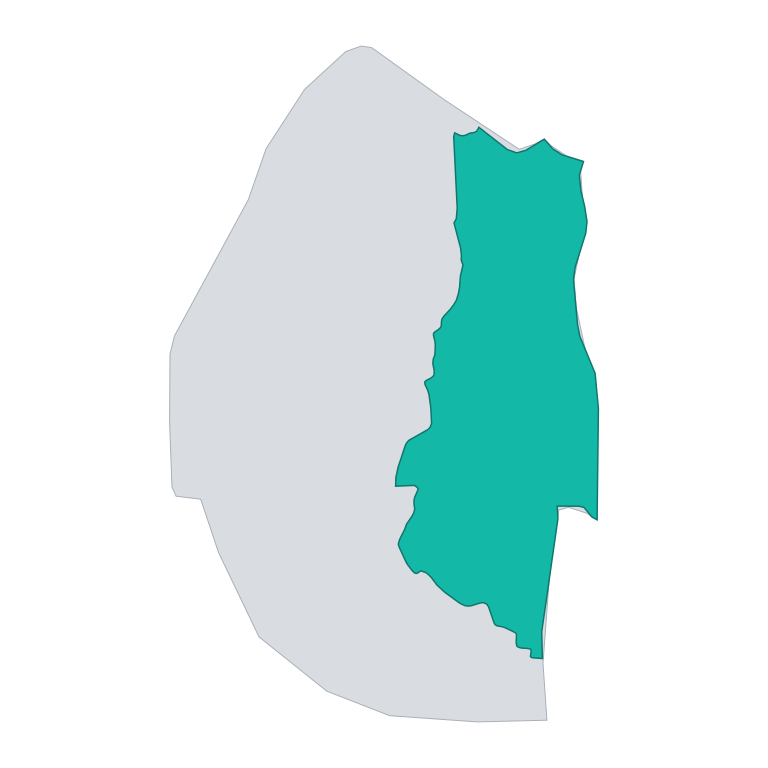 where Lubombo sits in eSwatini
{"feature_id": "SWZ-535", "entity_name": "Lubombo", "entity_type": "District", "adm_level": 1, "iso_a3": "SWZ", "parent_name": "eSwatini", "parent_adm1": "", "projection": "equal_earth", "projection_center": [31.73, -26.547], "detail": "fine", "context": "in_parent", "style": "filled", "palette": "teal", "viewbox_px": 768, "rotation_deg": 0, "n_neighbors": 0, "source": "natural_earth", "source_scale": "10m", "svg_char_len": 2469}
<svg xmlns="http://www.w3.org/2000/svg" viewBox="0 0 768 768"><path d="M544.0,139.0L550.5,145.3L580.3,165.2L582.9,204.9L580.0,250.2L574.0,278.8L576.2,307.3L585.7,351.6L594.7,381.8L596.8,519.5L586.7,513.2L568.4,507.3L558.7,510.1L549.8,571.7L543.0,663.3L546.9,720.2L477.5,721.9L389.7,715.7L326.8,691.2L259.0,636.9L218.5,552.4L200.7,499.2L176.1,496.2L172.0,487.1L169.6,422.2L170.0,354.0L174.5,335.9L220.1,251.8L248.4,199.5L266.0,148.9L304.5,89.5L345.8,51.5L361.1,46.1L371.6,47.6L444.5,99.9L519.2,149.3L535.4,143.8L544.0,139.0Z" fill="#d9dde1" stroke="#a8b0b8" stroke-width="1"/><path d="M544.3,139.2L552.7,148.8L562.0,154.8L583.5,161.5L579.3,175.1L580.9,190.6L584.7,206.6L587.0,221.6L585.8,233.1L575.1,267.3L573.5,279.8L577.5,324.4L579.9,336.5L595.1,373.3L598.4,408.7L597.1,519.8L591.9,517.0L584.0,507.4L578.8,506.2L557.2,506.1L557.9,519.0L552.4,557.1L547.4,592.4L541.7,631.9L542.4,658.5L542.2,658.5L532.9,657.8L531.5,657.5L530.5,656.6L530.7,654.1L531.1,651.9L531.0,650.0L530.1,649.0L527.5,648.4L521.9,648.1L519.3,647.5L517.1,646.5L516.4,644.2L516.2,642.3L516.5,634.9L516.1,633.5L515.0,632.5L504.8,627.6L501.7,626.6L498.7,626.2L496.2,625.5L494.4,623.7L488.5,606.7L486.6,604.0L483.5,602.7L480.8,602.8L471.5,605.7L468.4,606.1L465.2,605.7L462.3,604.5L459.3,602.9L444.8,592.3L436.9,585.0L431.3,577.5L428.2,574.4L425.6,572.4L423.6,571.9L421.3,570.9L419.7,571.5L417.9,572.9L416.0,573.5L414.1,572.6L411.9,570.3L407.7,564.8L405.9,561.7L399.2,547.2L398.3,544.2L399.3,540.4L400.5,537.6L404.5,529.8L406.6,524.1L412.4,515.6L414.0,512.2L414.7,508.8L414.0,503.8L414.0,500.5L414.6,497.4L417.2,491.6L418.2,488.7L416.5,486.8L414.2,485.4L395.6,486.2L395.9,477.6L398.0,467.5L405.4,445.2L406.6,443.0L407.9,441.3L409.2,440.1L428.0,429.5L430.3,427.0L431.6,423.3L430.8,407.7L429.0,394.6L427.7,390.2L425.0,384.4L424.7,382.0L426.3,380.4L429.2,379.0L432.0,377.3L434.0,375.2L434.2,371.7L434.0,369.4L433.0,364.8L432.9,362.3L433.3,358.9L434.9,354.7L435.3,344.6L434.9,341.1L433.5,335.6L433.5,333.7L434.1,332.5L438.4,329.5L440.3,327.8L441.3,325.9L441.4,322.2L441.9,319.2L444.1,315.9L450.2,309.4L453.4,305.2L456.4,300.2L458.4,293.7L459.6,287.0L460.4,276.1L463.0,264.9L461.6,261.3L461.1,259.1L461.5,256.4L460.6,248.1L454.0,222.9L456.3,218.7L457.2,208.1L453.7,136.6L454.7,132.9L459.7,135.3L461.7,135.7L463.7,135.7L465.6,135.2L469.2,133.5L470.9,132.9L472.9,132.9L475.0,132.1L476.7,131.3L478.9,127.3L507.3,149.5L516.6,152.9L525.8,150.3L544.3,139.2Z" fill="#14b8a6" stroke="#0f766e" stroke-width="1.5"/></svg>